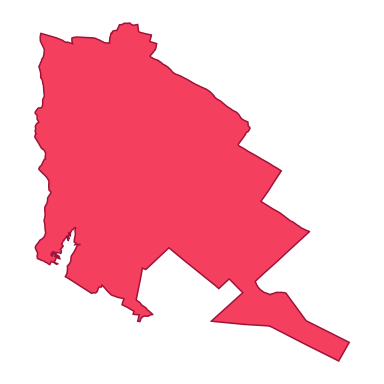 Racoviteni, Buzau, Romania (orthographic projection)
{"feature_id": "2599482B64050799943306", "entity_name": "Racoviteni", "entity_type": "district", "adm_level": 2, "iso_a3": "ROU", "parent_name": "Romania", "parent_adm1": "Buzau", "projection": "orthographic", "projection_center": [26.904, 45.34], "detail": "fine", "context": "isolated", "style": "filled", "palette": "rose", "viewbox_px": 384, "rotation_deg": 0, "n_neighbors": 0, "source": "geoboundaries", "source_scale": "gbopen_adm2", "svg_char_len": 5678}
<svg xmlns="http://www.w3.org/2000/svg" viewBox="0 0 384 384"><path d="M349.2,342.4L306.1,320.7L286.4,293.8L286.2,293.4L284.7,292.7L280.3,292.3L278.4,292.5L276.7,292.3L272.3,293.8L270.4,294.2L270.1,294.7L269.6,294.6L268.0,293.7L263.9,292.3L260.4,289.7L258.7,287.9L257.6,286.4L256.8,285.1L256.3,283.8L255.5,282.2L255.2,281.4L263.7,273.5L279.5,259.3L285.3,253.8L309.4,231.7L308.9,231.2L306.9,230.6L300.7,227.6L299.6,226.5L297.5,225.3L295.1,223.5L292.3,221.6L290.7,221.1L280.0,212.9L272.7,208.8L260.9,201.4L268.2,191.2L274.0,182.0L281.3,170.9L277.3,168.3L273.9,166.4L269.1,163.3L261.6,159.1L254.7,155.0L247.9,151.2L243.9,148.6L239.2,146.0L238.4,145.4L238.2,144.8L238.3,144.3L243.6,137.1L245.2,134.7L246.0,133.1L247.0,132.1L248.0,131.7L249.7,129.1L250.0,128.2L249.9,127.8L249.4,127.0L248.2,125.8L248.1,125.4L248.2,124.5L247.8,121.9L244.6,120.6L243.3,119.9L242.6,119.2L241.5,118.8L241.0,117.9L240.0,116.5L238.3,113.9L236.6,112.4L235.4,111.6L234.1,111.1L231.8,109.8L231.7,109.5L226.7,106.3L220.5,101.0L216.7,98.9L214.1,96.6L214.3,96.2L211.5,93.1L208.7,90.8L206.1,89.1L204.3,88.4L202.3,87.4L201.7,87.2L194.2,83.6L188.7,80.3L180.9,76.2L177.1,74.6L176.0,74.4L174.5,73.5L172.4,71.9L170.6,69.7L167.9,67.1L167.6,67.0L166.0,65.8L162.7,64.0L160.9,62.2L159.7,61.7L158.4,60.8L158.5,60.6L157.9,60.3L154.3,59.0L152.4,58.1L152.4,57.9L150.4,56.8L150.1,56.0L150.2,55.8L152.7,52.9L155.3,49.6L155.8,48.3L156.7,43.6L149.7,41.5L151.0,37.1L151.4,35.0L144.5,33.5L139.3,32.1L138.9,31.7L138.6,31.4L137.7,24.5L133.2,25.3L130.8,24.1L130.2,23.2L129.4,23.0L128.3,23.3L124.0,23.3L122.0,24.6L119.5,24.7L119.3,25.3L118.1,27.9L117.8,28.2L117.4,29.3L116.7,30.5L115.0,30.5L114.2,30.8L113.4,30.9L112.8,31.2L112.5,31.6L112.0,33.0L111.6,32.8L110.9,33.4L110.8,34.7L109.8,37.9L109.7,39.3L109.7,40.4L109.4,41.6L109.6,43.1L106.5,42.9L105.8,43.0L104.3,42.6L99.5,40.1L96.7,39.0L95.7,38.3L95.3,38.4L93.5,37.9L76.6,37.0L74.4,37.4L73.8,37.3L71.9,38.1L71.9,40.7L72.0,41.5L72.7,43.7L67.5,42.1L66.1,42.4L65.7,42.3L64.9,41.7L64.1,41.5L63.4,41.1L62.9,40.5L56.2,37.8L41.1,33.4L40.8,33.4L40.2,36.8L40.2,38.8L40.4,40.3L40.3,40.8L40.5,41.4L44.2,49.0L44.3,49.3L44.3,50.1L43.8,55.0L43.2,57.2L41.7,59.4L41.5,60.9L40.7,62.3L39.9,64.6L39.0,66.1L39.0,67.1L40.0,70.3L40.7,73.4L40.7,74.8L40.6,75.3L40.8,76.4L40.7,77.7L41.8,79.2L42.4,80.7L42.8,83.3L43.4,85.3L43.6,88.0L43.9,92.3L44.3,94.8L44.1,96.8L44.0,97.3L43.1,98.7L42.7,99.8L42.7,103.9L42.5,105.5L42.2,106.5L41.3,107.8L38.7,107.9L38.3,108.1L37.7,108.6L36.5,110.3L35.5,111.4L35.1,112.7L35.2,113.4L36.9,115.2L37.1,115.7L37.1,117.0L37.1,119.3L37.8,120.3L38.8,122.4L37.6,122.9L36.6,123.8L35.4,126.0L35.4,127.3L35.7,128.5L35.5,129.0L35.5,129.8L35.1,131.1L35.4,131.4L35.3,131.7L35.5,132.2L35.6,133.0L36.0,133.6L35.8,133.6L35.4,134.5L35.2,135.6L34.9,136.2L34.8,137.0L34.9,137.3L37.8,141.9L41.3,148.0L42.7,149.3L43.3,149.5L44.0,150.0L45.6,153.0L45.5,154.6L45.1,157.4L45.7,158.6L45.7,158.8L45.3,159.1L44.3,159.3L41.3,165.5L40.1,166.4L39.4,167.4L38.8,169.0L39.1,169.6L40.7,171.3L44.1,174.6L46.3,176.9L47.2,177.9L48.0,179.5L48.7,180.6L49.0,181.9L48.7,185.0L48.8,186.3L48.8,187.7L49.0,189.6L49.1,190.2L50.6,191.6L51.0,192.3L50.9,192.9L48.0,197.2L47.6,198.2L47.4,201.9L46.9,203.3L45.2,206.3L44.9,207.1L44.8,207.8L44.8,211.6L45.1,213.3L45.1,214.2L45.0,216.4L44.1,220.2L44.2,221.6L44.8,224.0L45.1,229.2L45.5,232.0L45.6,232.9L45.5,233.6L44.5,236.1L44.0,237.1L42.4,238.7L40.2,240.0L39.6,240.6L38.3,242.7L36.4,245.0L35.8,245.9L35.3,247.2L35.5,248.6L37.4,252.5L37.6,253.7L37.1,255.8L37.1,256.8L37.4,257.5L37.4,258.5L41.4,260.3L42.2,260.6L43.1,260.7L43.9,261.1L44.5,261.6L45.4,262.2L47.0,262.8L48.3,263.9L49.8,264.6L51.3,261.4L53.1,262.4L54.5,262.6L54.9,263.4L56.8,264.3L57.8,263.8L57.7,263.6L56.4,263.3L55.4,262.8L54.7,262.1L54.4,262.0L54.4,261.3L55.3,260.3L56.0,258.4L56.5,257.6L58.1,258.1L58.8,258.5L59.9,258.7L59.4,257.4L59.3,257.1L59.0,257.7L58.4,257.6L58.2,257.7L57.7,257.5L55.8,256.7L55.0,256.5L54.8,256.4L55.2,255.4L55.8,255.2L56.8,255.6L59.0,256.8L58.1,255.5L53.3,253.4L52.2,256.0L51.5,255.7L51.2,255.5L51.5,254.6L51.2,254.5L51.7,253.3L52.2,252.5L53.0,251.6L53.3,251.6L56.2,253.2L56.4,252.6L59.3,252.8L60.7,253.4L61.3,252.5L61.4,251.8L61.2,250.2L60.4,249.6L61.2,248.3L62.1,247.8L62.2,246.8L63.0,246.6L63.1,245.8L62.8,245.4L61.7,244.4L63.5,240.3L63.9,240.5L64.9,238.9L66.5,236.6L67.3,237.9L67.8,240.2L68.3,240.4L68.2,239.0L68.8,238.8L68.0,237.7L67.3,236.1L67.6,236.0L68.2,237.4L69.0,238.4L69.4,238.9L68.4,235.6L68.5,235.1L69.2,234.9L70.3,235.7L70.4,234.4L69.4,234.3L68.7,233.7L68.5,233.0L68.9,232.4L69.6,232.8L70.1,233.6L71.9,230.1L72.4,229.7L73.3,229.4L73.9,228.2L74.7,227.7L75.3,227.7L75.7,227.9L75.0,230.3L75.4,234.1L74.3,239.9L74.2,241.9L74.2,242.0L74.4,242.2L75.9,242.9L74.9,244.8L75.4,244.7L76.7,244.4L79.9,244.4L79.9,244.7L77.6,244.8L74.0,252.0L71.2,256.2L70.8,260.5L69.8,263.3L67.3,266.1L67.5,268.7L67.1,273.1L65.3,276.7L66.9,277.5L91.7,293.4L92.0,293.2L92.8,292.8L93.7,292.8L95.1,293.0L95.6,292.9L96.5,292.4L97.4,291.2L97.6,290.2L98.9,287.3L99.3,287.0L101.2,287.1L101.5,286.6L101.9,285.1L102.1,285.2L104.9,288.1L107.1,290.8L111.0,294.7L112.3,295.4L114.8,296.2L117.2,297.2L124.0,298.7L122.6,302.5L122.0,304.7L127.6,307.5L133.9,311.2L133.1,314.2L133.7,314.4L139.2,314.8L137.7,321.2L139.9,321.6L140.4,320.6L140.9,318.6L142.0,317.4L143.4,316.3L144.0,316.1L148.1,316.2L150.5,314.9L152.6,314.5L152.3,314.0L148.5,310.7L147.3,309.9L146.4,308.4L145.5,307.5L142.3,305.5L141.0,304.1L140.2,303.0L139.4,302.2L137.3,300.8L136.2,299.8L140.5,278.7L142.4,268.2L145.7,269.5L146.3,269.1L168.9,247.8L182.5,259.1L215.9,286.0L218.8,288.6L229.2,278.9L242.8,292.7L211.4,321.1L213.1,321.4L244.1,324.4L268.5,325.9L271.0,326.7L308.6,346.0L338.7,361.0L349.2,342.4Z" fill="#f43f5e" stroke="#9f1239" stroke-width="1.5"/></svg>